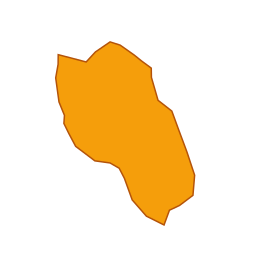 Mifi, Ouest, Cameroon (orthographic projection), rotated 55°
{"feature_id": "32672807B3469332008383", "entity_name": "Mifi", "entity_type": "district", "adm_level": 2, "iso_a3": "CMR", "parent_name": "Cameroon", "parent_adm1": "Ouest", "projection": "orthographic", "projection_center": [10.435, 5.537], "detail": "fine", "context": "isolated", "style": "filled", "palette": "amber", "viewbox_px": 256, "rotation_deg": 55, "n_neighbors": 0, "source": "geoboundaries", "source_scale": "gbopen_adm2", "svg_char_len": 540}
<svg xmlns="http://www.w3.org/2000/svg" viewBox="0 0 256 256"><g transform="rotate(55 128 128)"><path d="M27.9,143.1L35.7,148.7L45.5,158.5L67.1,169.6L81.2,172.8L87.5,177.9L98.4,179.6L113.0,181.4L135.9,174.0L146.3,162.8L155.9,158.3L167.1,159.8L189.3,165.8L210.8,163.5L228.1,154.1L219.1,141.2L221.0,130.2L220.4,113.4L204.9,100.5L181.9,93.6L178.5,92.7L159.2,87.7L139.3,82.4L122.5,87.5L100.0,79.8L92.3,74.6L80.7,78.5L71.7,81.1L55.6,86.9L47.2,93.3L47.0,111.0L49.9,124.4L27.9,143.1Z" fill="#f59e0b" stroke="#b45309" stroke-width="1.5"/></g></svg>